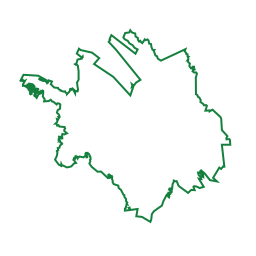 outline of San Miguel Soyaltepec, Oaxaca, Mexico, rotated 351°
{"feature_id": "50627088B40621475737534", "entity_name": "San Miguel Soyaltepec", "entity_type": "district", "adm_level": 2, "iso_a3": "MEX", "parent_name": "Mexico", "parent_adm1": "Oaxaca", "projection": "equal_earth", "projection_center": [-96.489, 18.251], "detail": "fine", "context": "isolated", "style": "outline", "palette": "green", "viewbox_px": 256, "rotation_deg": 351, "n_neighbors": 0, "source": "geoboundaries", "source_scale": "gbopen_adm2", "svg_char_len": 5602}
<svg xmlns="http://www.w3.org/2000/svg" viewBox="0 0 256 256"><g transform="rotate(351 128 128)"><path d="M33.1,59.1L29.2,64.4L29.5,64.7L30.4,63.2L30.7,64.6L31.4,65.1L31.7,64.1L32.7,65.5L33.7,65.2L31.4,68.2L31.3,67.6L30.8,69.9L34.2,70.3L33.3,71.0L35.3,72.4L35.7,74.1L36.4,73.7L36.0,73.2L36.4,71.8L34.8,71.9L35.1,70.7L35.1,71.5L36.5,70.8L34.6,69.3L37.5,70.1L36.0,68.6L38.6,69.7L38.8,70.7L39.7,70.3L39.2,69.4L40.6,69.9L41.5,71.1L40.3,71.7L40.2,70.5L39.6,72.1L39.3,71.7L38.6,72.4L38.8,71.8L38.2,71.1L37.8,72.6L37.4,72.1L37.0,73.1L38.0,73.3L37.8,74.2L38.1,73.5L40.3,73.0L39.2,73.7L39.6,73.8L39.1,74.6L39.7,74.5L39.2,75.1L39.6,76.1L38.9,75.8L38.7,77.1L38.5,76.2L37.9,76.5L38.2,75.1L37.4,76.3L37.6,77.0L37.0,76.2L37.2,75.3L36.5,75.6L37.0,76.6L36.6,78.9L37.0,79.0L37.0,77.3L37.4,77.8L38.6,77.3L37.5,78.4L37.5,79.4L38.2,79.2L38.1,78.0L38.8,77.3L39.7,77.4L39.7,76.4L40.8,76.9L41.3,75.2L40.2,75.2L40.1,74.4L40.3,73.3L41.4,72.4L41.7,72.5L40.9,73.2L40.7,74.7L41.3,74.6L41.3,73.8L45.4,75.4L45.3,76.5L45.2,75.8L44.5,75.7L44.4,77.7L43.7,75.0L42.2,75.2L43.7,76.0L43.6,76.6L42.6,76.2L42.4,76.9L42.7,76.3L44.0,77.5L43.1,77.8L43.3,78.6L41.8,77.5L41.8,78.2L42.9,79.3L42.1,80.0L41.5,79.2L41.4,80.0L40.3,80.0L41.0,80.1L41.1,80.8L40.5,81.0L40.8,82.0L41.3,82.0L41.2,80.8L42.2,80.5L42.1,81.6L42.7,82.4L42.0,83.1L42.5,84.0L44.9,80.7L45.8,80.5L45.1,80.0L45.1,78.2L46.5,78.2L46.4,78.7L47.7,79.5L48.1,78.1L48.9,78.9L49.5,77.7L50.0,78.0L49.9,79.6L48.8,83.6L50.2,86.6L49.3,88.6L53.9,89.0L56.1,88.0L57.2,90.0L58.4,90.4L61.2,93.6L62.1,92.6L63.9,93.1L64.8,94.1L63.9,98.3L61.3,99.4L60.2,101.8L61.9,104.1L62.2,106.2L60.9,106.2L61.4,107.3L60.3,108.7L59.2,108.1L59.4,110.0L58.8,111.2L57.1,112.3L57.9,112.4L58.4,114.6L59.8,114.3L60.4,115.8L65.5,117.1L65.8,118.8L64.9,119.5L64.6,121.0L66.9,123.7L63.9,124.4L62.3,123.6L61.7,125.0L61.5,128.0L60.8,128.0L60.0,126.2L57.7,125.5L59.6,127.0L59.1,127.8L57.8,128.0L57.7,128.5L58.5,128.3L58.1,128.9L58.7,129.7L58.0,130.4L58.6,130.4L59.1,131.9L60.0,132.1L60.5,133.3L58.2,134.6L57.1,136.8L55.5,136.8L55.6,139.1L54.1,139.6L54.4,141.5L53.3,144.5L51.0,147.9L53.9,153.4L56.0,154.9L56.5,153.1L57.0,154.9L57.8,154.8L61.6,157.4L65.9,157.1L69.4,154.4L71.1,154.5L69.8,151.4L69.1,150.9L70.0,149.3L71.0,149.9L71.6,147.7L72.1,147.5L73.4,150.1L74.0,148.7L74.8,149.2L75.7,148.6L79.4,150.0L81.1,149.1L82.0,147.5L82.4,150.5L83.1,150.5L83.1,148.0L82.1,146.5L82.6,146.0L84.0,146.9L84.1,145.4L84.6,147.2L85.5,147.7L85.7,149.9L86.2,150.0L86.3,152.8L85.5,153.4L85.5,155.1L84.3,157.0L85.9,160.5L91.1,166.4L94.5,166.8L100.4,174.4L101.8,174.4L101.1,171.3L102.0,170.9L103.1,172.0L103.5,173.7L104.0,173.5L103.8,172.7L104.5,172.8L104.8,173.8L104.2,175.7L104.7,177.8L104.3,178.9L105.1,181.2L109.4,183.4L109.4,185.8L111.4,188.1L113.1,193.3L113.9,193.7L113.7,195.6L115.0,197.8L114.6,199.5L114.4,199.1L115.1,200.8L115.6,201.4L115.1,201.9L114.7,201.4L115.3,203.3L114.7,203.0L113.3,206.6L112.4,207.0L112.0,209.1L116.5,209.3L116.7,208.0L116.2,206.9L117.1,206.8L117.4,209.3L124.8,209.5L122.4,216.5L127.9,218.0L135.4,224.2L136.6,222.2L138.0,217.1L138.9,215.9L140.7,214.2L149.4,209.9L151.5,205.8L155.7,200.2L157.7,202.9L158.1,202.1L157.5,200.7L158.1,200.4L157.2,199.2L157.7,198.2L158.4,198.4L158.3,199.7L159.0,199.7L159.0,199.1L159.7,199.5L160.6,198.1L159.9,198.2L160.1,197.5L160.5,196.9L161.2,197.3L161.2,196.2L159.7,196.4L158.9,195.2L159.4,194.5L160.2,195.5L160.4,194.9L161.6,195.2L161.6,194.3L162.2,194.5L163.3,190.3L164.6,188.7L165.0,187.1L166.5,188.1L167.7,188.1L169.0,193.2L177.2,201.5L180.8,199.0L184.1,199.8L183.4,196.4L184.1,195.8L186.7,196.6L189.4,198.5L193.6,198.0L190.0,189.1L192.4,189.9L191.9,187.7L190.5,185.6L190.2,183.0L191.7,183.2L192.9,184.6L193.3,187.4L194.7,188.3L195.0,185.0L194.0,182.8L192.9,181.8L193.6,181.3L196.8,185.1L200.8,192.3L207.5,194.7L204.3,190.5L212.0,181.4L213.6,183.0L215.2,181.5L215.9,181.4L216.1,182.0L216.2,180.9L217.1,181.2L218.1,159.2L226.4,160.5L226.8,155.7L226.3,154.8L223.5,154.6L223.7,153.1L224.9,151.6L220.4,144.7L221.5,133.7L221.1,131.7L214.3,123.1L211.2,124.3L211.3,123.4L207.2,123.0L209.4,118.4L208.7,117.6L206.5,117.4L206.2,116.2L203.6,113.6L204.2,111.8L203.2,109.0L202.1,108.4L201.6,106.2L200.4,105.3L202.8,89.2L204.6,84.9L203.9,83.7L202.0,83.6L200.7,82.1L201.6,81.4L201.2,80.5L202.9,80.5L202.5,79.0L202.8,77.8L201.4,77.6L200.7,78.7L199.4,78.8L198.3,76.3L199.2,74.0L197.8,72.4L197.9,70.9L197.1,70.7L198.4,69.4L198.4,67.5L199.0,67.0L198.0,66.5L198.3,64.5L197.2,64.1L197.3,63.2L196.0,61.1L197.1,59.1L171.1,66.6L168.8,64.7L168.1,63.6L168.0,61.8L166.5,60.7L165.5,55.7L166.2,55.1L164.5,54.6L163.8,51.6L163.9,48.7L162.1,47.9L162.0,45.0L161.2,43.6L158.9,44.0L158.4,43.1L155.4,46.4L154.4,45.4L153.8,43.8L152.5,44.4L151.6,42.4L151.8,40.6L149.8,38.8L149.9,35.8L146.9,34.3L145.5,31.8L144.3,33.8L140.1,33.7L137.6,37.8L138.6,39.8L141.4,41.9L142.8,44.8L145.6,47.0L147.0,49.8L149.8,51.9L147.0,55.8L126.1,33.7L123.7,37.3L124.2,38.2L122.4,39.9L128.3,48.6L147.8,82.4L143.1,84.4L140.3,87.1L138.7,85.3L138.9,86.9L138.3,88.1L139.2,87.8L139.4,88.6L135.4,96.2L121.5,75.2L104.5,59.5L110.5,54.5L104.4,48.0L93.4,43.6L92.0,42.0L89.1,46.5L93.3,51.1L94.4,50.2L94.4,51.0L93.0,52.3L88.9,52.5L87.1,56.3L85.7,56.7L86.5,57.5L87.4,57.3L88.2,58.6L88.1,64.0L86.8,72.5L84.7,75.2L84.6,82.6L83.9,83.9L81.9,83.1L81.2,85.6L80.4,82.9L81.1,82.4L79.9,80.9L79.6,81.4L79.2,80.4L78.1,81.2L77.8,80.4L77.0,80.4L76.1,82.7L73.1,85.0L73.2,84.3L72.1,83.5L71.5,81.9L70.4,82.1L67.2,80.5L67.3,80.0L65.6,78.9L65.2,77.5L61.5,76.5L58.6,72.7L60.2,70.2L57.2,68.6L56.2,70.6L55.0,71.0L54.0,68.7L51.5,68.2L48.3,66.3L47.5,65.1L48.8,65.9L50.6,65.7L53.8,67.6L54.7,69.8L55.1,68.2L47.5,62.3L33.1,59.1Z" fill="none" stroke="#15803d" stroke-width="2"/></g></svg>